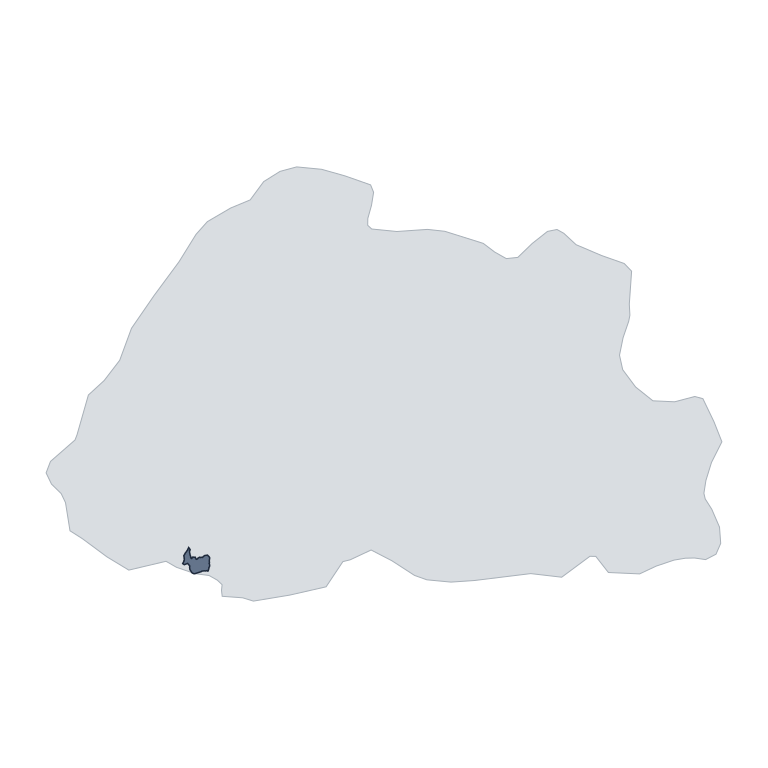 Samphelling, Chhukha, Bhutan (highlighted)
{"feature_id": "84629894B17389160207490", "entity_name": "Samphelling", "entity_type": "district", "adm_level": 2, "iso_a3": "BTN", "parent_name": "Bhutan", "parent_adm1": "Chhukha", "projection": "equal_earth", "projection_center": [89.481, 26.851], "detail": "fine", "context": "in_parent", "style": "filled", "palette": "slate", "viewbox_px": 768, "rotation_deg": 0, "n_neighbors": 0, "source": "geoboundaries", "source_scale": "gbopen_adm2", "svg_char_len": 4288}
<svg xmlns="http://www.w3.org/2000/svg" viewBox="0 0 768 768"><path d="M629.9,315.2L628.7,321.3L623.1,337.6L619.5,355.2L622.7,369.7L635.6,387.0L652.9,400.8L674.7,401.8L694.8,396.5L702.9,398.7L714.0,421.8L721.9,441.8L711.5,462.4L705.9,480.5L703.9,493.3L705.2,498.9L711.8,509.3L719.5,527.1L720.7,543.4L716.0,554.2L705.6,559.6L694.6,558.0L685.4,558.2L674.0,560.1L656.2,566.1L639.6,573.9L608.4,572.5L595.8,556.4L589.9,556.3L561.7,577.2L530.7,573.6L474.5,580.5L451.0,582.1L426.8,579.8L414.5,575.4L391.8,560.7L371.1,550.0L350.2,559.8L342.9,561.6L326.1,586.8L289.7,595.1L253.4,601.1L242.7,597.8L222.2,596.3L221.5,590.4L222.1,584.7L217.4,580.2L209.1,575.5L194.8,573.6L176.5,567.3L166.0,561.3L128.8,570.1L107.0,556.9L82.4,538.7L70.0,530.8L65.5,502.6L61.2,493.6L51.5,484.1L46.1,472.9L50.5,461.4L75.0,440.0L77.0,434.9L88.4,395.0L104.2,380.5L119.7,360.3L131.5,328.3L154.1,295.5L179.0,261.8L196.0,234.4L207.4,221.6L230.7,208.0L250.2,199.9L263.7,181.6L280.0,171.4L296.7,166.9L321.6,169.3L345.0,175.9L370.6,184.9L373.6,192.3L371.5,205.3L367.8,218.5L367.7,225.3L371.7,229.0L396.8,231.5L427.5,229.4L444.8,231.3L483.3,243.4L494.6,252.0L506.3,258.6L517.8,257.4L532.3,243.4L547.5,231.4L557.0,229.5L563.8,233.3L576.1,244.7L601.5,255.5L624.2,263.5L631.6,271.2L629.3,304.2L629.9,315.2Z" fill="#d9dde1" stroke="#a8b0b8" stroke-width="1"/><path d="M207.5,555.1L207.2,555.2L206.7,555.2L206.3,555.3L205.8,555.4L205.1,555.4L204.6,555.6L204.3,555.7L203.9,556.2L203.3,556.5L203.1,556.7L203.0,557.0L202.8,557.2L202.6,557.3L202.3,557.5L201.9,557.3L201.4,557.3L201.1,557.4L200.8,557.5L200.6,557.6L200.4,557.6L200.0,557.2L199.8,557.2L199.5,557.2L199.4,557.3L199.2,557.4L199.0,557.5L198.8,557.7L198.6,557.8L198.4,557.9L198.1,558.0L197.9,558.2L197.8,558.5L197.7,558.7L197.5,558.8L197.3,558.9L197.1,559.1L196.9,559.2L196.6,559.3L196.4,559.3L196.1,559.2L196.0,558.9L195.9,558.6L195.7,558.3L195.6,558.1L195.5,557.8L195.3,557.5L195.3,557.3L195.2,557.3L195.0,557.2L194.9,557.3L194.6,557.3L194.3,557.3L194.0,557.3L193.8,557.3L193.7,557.2L193.4,557.1L193.1,557.0L192.8,557.0L192.6,557.2L192.3,557.4L192.2,557.6L192.2,557.9L192.1,558.0L191.9,558.1L191.8,558.3L191.5,558.4L191.5,558.5L191.4,558.5L191.3,558.4L191.0,558.1L190.9,558.0L190.9,557.9L190.8,557.6L190.7,557.4L190.6,557.2L190.7,556.9L190.7,556.5L190.7,556.3L190.6,556.2L190.3,555.7L190.2,555.2L190.1,554.8L190.0,554.4L189.9,554.1L189.9,553.8L189.9,553.6L189.8,553.3L189.7,553.1L189.6,552.8L189.6,552.6L189.6,552.4L189.6,552.1L189.6,551.8L189.6,551.7L189.6,551.3L189.5,550.8L189.6,550.6L189.8,550.4L190.1,550.1L190.2,549.9L190.1,549.6L190.0,549.3L189.9,549.2L189.6,549.0L189.6,548.9L189.5,548.7L189.3,548.2L189.1,548.1L188.9,547.9L188.6,547.6L188.5,548.1L188.4,548.3L188.2,548.8L188.0,549.0L187.7,549.2L187.6,549.5L187.6,549.8L187.6,550.1L187.5,550.3L187.4,550.5L187.1,550.7L186.8,550.9L186.6,551.3L186.3,551.8L186.0,552.2L185.7,552.6L185.4,552.9L185.1,553.3L185.1,553.6L185.0,553.8L184.9,554.0L184.7,554.1L184.6,554.4L184.3,554.9L184.0,555.3L183.8,555.6L183.8,555.8L183.8,556.0L184.0,556.5L184.1,556.9L184.1,557.1L184.1,557.3L184.1,557.6L184.1,557.8L184.1,558.1L184.3,558.2L184.3,558.3L184.2,558.5L184.3,558.7L184.3,558.8L184.3,559.1L184.3,559.3L184.3,559.5L184.3,559.8L184.3,560.0L184.1,560.4L184.1,560.5L183.8,560.9L183.8,561.0L184.0,561.1L183.9,561.3L183.8,561.5L183.6,561.9L183.5,562.0L183.3,562.5L183.2,562.8L183.0,563.0L182.8,563.2L182.8,563.4L182.7,563.6L183.1,563.9L184.3,564.7L187.6,563.4L189.8,566.0L189.6,567.4L189.9,569.6L192.1,572.9L193.8,573.7L194.8,573.7L201.4,571.6L201.6,571.3L201.9,571.1L202.1,571.1L204.6,570.8L204.8,570.8L205.1,571.0L205.4,571.0L205.9,570.9L206.3,570.7L206.6,570.7L206.8,570.7L207.0,570.8L207.3,570.9L207.6,571.1L208.0,571.0L208.2,570.9L208.2,570.7L208.3,570.6L208.2,570.4L208.3,570.2L208.3,569.9L208.4,569.7L208.5,569.5L208.6,569.4L208.7,569.2L208.8,569.0L208.8,568.9L208.8,568.7L208.9,568.4L208.8,568.2L208.8,567.9L208.8,567.7L209.0,567.4L209.2,567.2L209.3,567.1L209.3,566.9L209.4,566.7L209.5,566.4L209.6,566.2L209.7,565.9L209.6,565.2L209.6,564.8L209.4,563.9L209.1,563.5L209.1,563.4L209.3,563.2L209.4,562.8L209.5,562.4L209.4,562.2L209.3,561.7L209.4,561.2L209.3,560.6L209.4,559.8L209.5,559.4L209.6,558.7L209.7,558.1L209.7,557.8L209.6,557.6L209.0,556.6L208.2,555.9L207.5,555.1Z" fill="#64748b" stroke="#1e293b" stroke-width="1.5"/></svg>